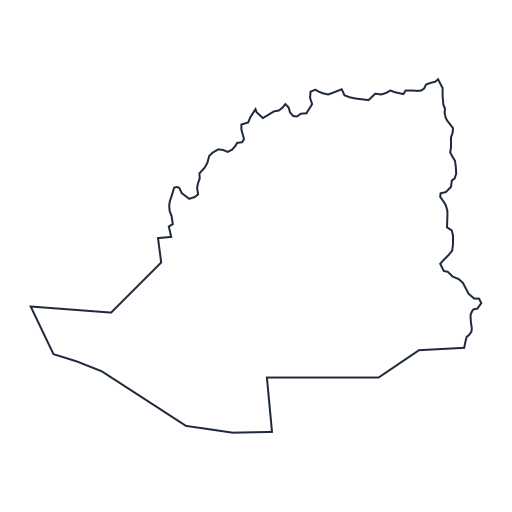 Kuala Krai, Kelantan, Malaysia
{"feature_id": "92858781B31305353938168", "entity_name": "Kuala Krai", "entity_type": "district", "adm_level": 2, "iso_a3": "MYS", "parent_name": "Malaysia", "parent_adm1": "Kelantan", "projection": "albers", "projection_center": [102.231, 5.431], "detail": "fine", "context": "isolated", "style": "outline", "palette": "slate", "viewbox_px": 512, "rotation_deg": 0, "n_neighbors": 0, "source": "geoboundaries", "source_scale": "gbopen_adm2", "svg_char_len": 1931}
<svg xmlns="http://www.w3.org/2000/svg" viewBox="0 0 512 512"><path d="M255.5,109.2L250.4,117.1L248.1,122.5L241.4,124.5L241.4,129.6L242.5,133.7L244.0,139.1L242.2,142.2L237.1,142.9L235.3,146.0L232.2,149.6L227.6,151.9L223.5,150.1L218.4,149.3L212.5,152.7L209.2,156.0L207.4,162.7L204.8,167.5L201.7,170.9L199.4,173.4L199.7,178.5L198.1,182.9L197.1,187.8L198.1,194.4L194.8,197.0L189.2,198.8L187.4,197.5L181.7,193.1L179.2,187.8L176.9,187.0L174.2,187.6L170.8,198.5L170.0,200.5L169.2,205.3L169.6,210.9L171.6,216.1L172.8,224.1L168.8,226.5L171.2,236.9L158.0,238.1L161.2,262.5L111.1,312.6L30.7,306.5L53.5,354.2L76.7,361.4L101.9,371.4L186.0,425.9L232.8,432.7L272.0,431.9L266.9,377.5L378.6,377.5L419.0,350.2L464.2,347.8L465.4,341.8L466.6,337.0L469.0,335.0L471.4,331.8L471.8,328.2L471.0,323.0L470.6,318.2L470.6,314.6L472.2,311.0L473.4,309.4L477.4,308.6L481.3,303.1L479.0,298.6L474.2,298.6L468.6,293.8L463.0,283.0L458.6,279.0L452.6,276.6L447.8,271.8L443.8,271.0L440.2,263.8L443.4,260.2L448.6,255.0L452.2,250.6L453.0,244.2L453.0,235.7L451.8,230.5L447.0,227.3L447.4,216.1L447.4,210.9L445.8,205.3L443.4,201.3L440.2,196.9L440.6,193.3L445.8,192.1L451.0,186.9L451.8,180.5L454.6,178.5L456.2,173.7L455.8,166.9L455.0,160.9L452.6,156.9L450.2,152.5L451.0,147.3L451.0,141.3L451.0,137.3L452.6,132.9L453.0,128.1L447.4,120.9L445.8,118.1L444.6,112.9L445.0,108.5L443.4,104.9L442.6,96.1L442.6,92.1L442.6,88.1L438.1,79.3L435.3,81.7L430.5,82.9L426.1,84.5L424.1,88.5L421.3,90.5L417.3,90.9L412.1,90.5L405.7,90.5L403.3,94.1L394.5,92.1L390.5,90.5L386.1,92.9L381.3,94.5L375.3,93.7L368.5,100.1L355.3,98.5L349.7,97.3L344.5,95.3L341.7,89.3L332.5,92.9L328.1,94.5L322.9,93.3L318.9,91.7L315.3,89.7L310.5,91.7L310.1,98.1L312.1,104.1L309.7,108.1L308.1,110.5L306.5,113.3L300.9,113.7L296.9,116.5L293.3,116.1L290.1,112.5L288.5,107.3L285.3,104.1L282.5,107.7L278.9,110.5L274.1,111.3L262.9,118.1L256.5,112.1L255.7,109.7L255.5,109.2Z" fill="none" stroke="#1e293b" stroke-width="2"/></svg>